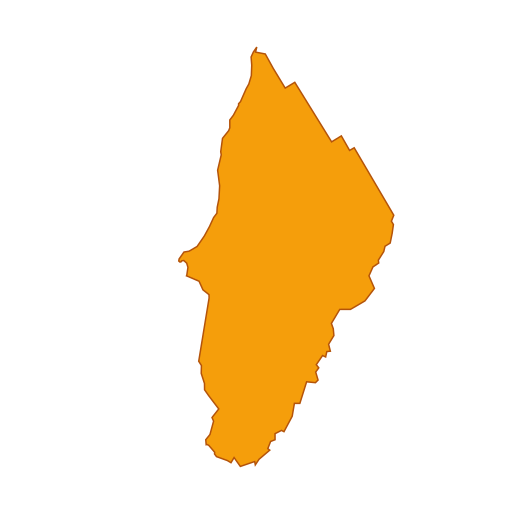 the district of Sonoma, California, United States of America, rotated 59°
{"feature_id": "52423323B39454223771984", "entity_name": "Sonoma", "entity_type": "district", "adm_level": 2, "iso_a3": "USA", "parent_name": "United States of America", "parent_adm1": "California", "projection": "natural_earth1", "projection_center": [-122.845, 38.481], "detail": "fine", "context": "isolated", "style": "filled", "palette": "amber", "viewbox_px": 512, "rotation_deg": 59, "n_neighbors": 0, "source": "geoboundaries", "source_scale": "gbopen_adm2", "svg_char_len": 1543}
<svg xmlns="http://www.w3.org/2000/svg" viewBox="0 0 512 512"><g transform="rotate(59 256 256)"><path d="M417.5,378.6L428.3,377.8L431.5,363.0L434.7,364.2L431.8,358.1L429.5,344.2L427.2,345.1L422.5,339.0L423.3,334.3L418.1,331.2L418.6,324.0L421.0,322.5L412.0,307.5L402.1,299.0L404.9,294.3L389.9,277.4L395.2,270.3L394.3,266.7L386.2,264.6L384.2,259.8L380.2,260.3L375.6,250.2L378.4,248.3L374.4,244.5L375.9,241.3L369.0,239.2L364.3,230.2L358.1,227.2L352.6,226.1L344.9,211.7L350.4,202.5L350.6,185.7L344.8,171.2L331.2,169.4L325.6,161.4L325.2,154.4L322.6,153.3L318.0,144.2L314.1,140.4L314.0,134.3L306.8,127.7L299.8,122.0L295.9,122.0L292.0,116.9L213.8,116.1L213.7,121.4L197.0,121.0L197.1,132.4L127.1,133.3L127.1,144.5L104.2,144.6L87.6,144.0L81.0,151.4L77.3,147.7L79.8,153.2L82.9,157.7L90.3,161.4L99.0,167.1L104.9,173.6L107.6,178.3L115.7,189.8L116.5,192.5L118.0,193.4L123.7,202.9L125.9,208.4L132.6,212.4L134.5,214.9L137.9,224.1L148.4,232.5L151.4,233.7L162.7,244.7L177.1,251.0L187.9,258.3L194.2,264.1L199.2,267.5L201.2,272.5L206.8,280.7L212.3,290.1L217.5,301.6L217.4,310.9L215.5,315.7L218.9,323.4L220.5,324.8L221.9,324.4L222.4,323.4L221.9,322.1L222.7,320.2L226.4,319.1L230.7,320.2L236.9,325.3L237.2,325.8L248.3,317.8L257.7,318.9L264.9,316.2L267.8,317.8L316.7,359.3L321.8,359.2L328.4,363.4L338.7,365.8L344.2,369.0L351.3,368.5L367.9,366.7L371.8,376.9L375.7,377.4L385.3,387.4L387.6,393.7L392.1,395.9L392.3,395.1L394.0,394.0L402.9,392.5L404.3,393.5L407.6,393.2L416.6,385.9L420.3,383.9L417.5,378.6Z" fill="#f59e0b" stroke="#b45309" stroke-width="1.5"/></g></svg>